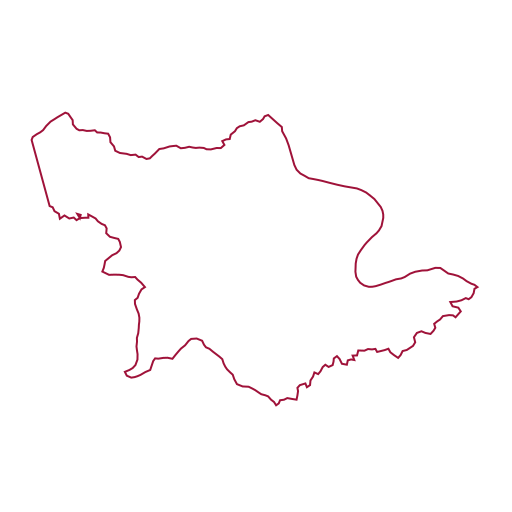 Ibitinga, São Paulo, Brazil, rotated 178°
{"feature_id": "56859067B39469666412393", "entity_name": "Ibitinga", "entity_type": "district", "adm_level": 2, "iso_a3": "BRA", "parent_name": "Brazil", "parent_adm1": "São Paulo", "projection": "mercator", "projection_center": [-48.852, -21.791], "detail": "fine", "context": "isolated", "style": "outline", "palette": "rose", "viewbox_px": 512, "rotation_deg": 178, "n_neighbors": 0, "source": "geoboundaries", "source_scale": "gbopen_adm2", "svg_char_len": 4075}
<svg xmlns="http://www.w3.org/2000/svg" viewBox="0 0 512 512"><g transform="rotate(178 256 256)"><path d="M441.6,405.9L445.7,403.7L449.6,401.6L452.6,399.8L456.6,397.5L461.1,393.3L464.4,389.2L467.4,387.1L470.8,385.4L475.0,382.7L476.2,379.8L460.5,313.1L457.5,311.8L455.8,307.8L451.5,305.1L450.7,300.1L446.0,303.2L441.3,300.0L436.8,300.8L434.1,298.1L430.7,300.0L425.7,300.2L422.2,300.1L422.2,303.4L418.8,301.4L415.0,299.1L412.8,296.2L409.2,293.5L405.9,292.0L404.3,288.8L404.9,284.0L401.3,280.3L397.1,279.0L393.1,277.9L391.6,274.8L390.6,269.6L392.4,266.2L395.3,263.7L399.7,261.8L406.9,256.3L407.7,252.7L408.5,249.5L410.1,245.8L403.5,242.3L397.9,242.3L393.0,242.0L389.5,241.5L384.3,239.6L381.3,239.1L377.5,239.2L375.3,236.6L371.7,233.3L368.1,228.8L371.6,226.6L374.2,222.4L375.8,218.3L378.6,216.2L378.6,212.3L377.0,207.1L375.3,202.5L374.7,198.4L374.9,194.6L375.4,191.5L375.7,188.0L376.4,182.9L377.9,178.3L377.9,174.6L378.6,169.8L378.3,166.3L377.8,162.0L378.1,156.6L380.3,151.2L383.2,148.3L386.5,146.5L391.1,144.8L389.3,140.9L384.9,138.8L381.5,139.2L378.7,140.0L375.6,141.2L370.6,143.9L365.7,145.8L362.4,154.6L360.4,157.2L357.2,156.8L352.2,157.4L348.0,157.4L343.1,156.2L339.7,160.2L336.6,163.6L334.2,166.1L330.0,169.2L326.4,173.4L323.7,175.4L318.2,175.6L312.8,173.2L311.1,169.2L309.2,166.5L305.8,164.9L302.3,161.8L296.2,156.8L293.3,154.1L292.1,149.8L290.6,146.5L288.9,143.8L285.8,140.5L283.4,138.2L282.0,133.6L279.5,128.6L273.9,126.1L267.9,125.6L264.2,123.6L261.5,122.0L258.4,119.7L255.6,117.7L251.6,116.5L248.8,115.3L246.0,111.9L243.1,109.5L241.1,106.1L238.4,107.9L237.0,111.0L233.0,111.4L229.7,112.9L224.6,111.8L220.5,111.0L219.5,115.1L218.7,119.5L219.2,122.8L216.7,125.4L211.1,126.9L209.7,123.1L206.5,125.1L205.9,129.7L203.2,133.5L201.7,137.6L198.0,135.8L195.6,138.5L193.2,142.7L190.5,144.9L187.3,142.6L183.2,144.3L182.2,147.8L181.8,150.9L178.6,153.1L176.1,150.2L173.9,145.3L169.0,144.2L167.9,148.5L164.6,149.3L161.4,148.6L162.9,153.1L158.5,153.1L157.1,158.0L150.9,157.6L147.3,159.1L143.3,158.6L139.9,159.0L138.3,155.9L133.9,156.8L130.6,157.5L126.9,158.7L125.1,155.1L121.5,152.1L117.5,149.2L114.9,152.0L112.8,155.9L108.6,156.8L102.2,160.7L99.9,164.2L101.0,169.3L97.9,173.5L93.3,175.0L89.4,173.2L84.3,172.0L81.2,175.1L79.3,178.0L80.3,182.0L77.1,184.4L74.3,186.1L71.3,189.4L65.1,190.2L61.2,189.8L58.7,187.8L55.5,191.2L53.3,193.5L55.6,197.3L61.3,198.9L63.4,203.2L57.1,203.5L52.2,204.6L47.8,206.6L45.0,205.4L42.2,207.3L39.8,211.2L38.8,215.6L35.8,217.2L38.7,219.6L41.8,220.8L46.4,223.5L49.9,226.3L54.7,229.0L59.6,230.6L64.5,231.8L68.3,234.7L72.2,237.6L77.2,237.9L85.3,235.7L90.5,235.7L97.4,234.7L102.6,233.0L108.1,229.8L111.7,228.5L116.9,227.8L121.5,226.3L124.4,225.4L127.4,224.6L132.5,223.0L137.4,221.7L140.9,221.2L144.4,221.3L149.0,222.8L152.8,225.6L155.0,228.6L156.6,231.8L157.2,236.8L156.9,240.8L156.6,245.1L155.6,249.8L154.0,253.9L151.0,258.2L147.1,263.2L144.8,265.7L139.5,270.8L134.7,274.6L132.2,277.3L129.5,281.5L127.5,289.6L127.4,293.0L128.0,296.7L129.6,300.6L135.7,308.8L139.6,312.2L143.7,315.6L148.5,318.2L152.8,320.0L164.9,322.5L172.4,324.4L180.4,326.7L187.0,328.7L191.2,329.8L196.4,331.0L200.6,331.9L204.7,334.5L208.8,336.9L212.4,340.8L214.5,345.6L219.5,365.5L220.6,368.8L221.8,372.4L225.5,379.8L225.7,384.0L230.1,388.0L238.9,396.5L242.5,395.3L244.2,392.6L247.5,390.0L251.9,391.7L255.6,390.4L258.9,390.1L263.6,387.0L267.8,386.2L270.7,384.4L272.7,381.4L277.0,378.2L278.2,373.8L281.8,373.6L285.7,372.0L283.7,368.1L287.4,365.1L291.7,365.3L297.4,364.1L301.7,364.4L304.4,365.8L308.8,366.3L312.4,366.1L315.4,366.6L319.0,367.5L323.2,366.6L327.4,366.3L331.8,369.0L335.0,368.8L338.5,368.5L344.5,366.8L348.9,366.3L351.4,363.9L353.6,361.8L356.1,359.7L358.7,357.3L362.1,356.8L366.4,359.3L369.8,359.0L372.8,361.5L377.7,361.2L381.7,362.6L388.4,363.7L393.0,366.1L394.1,370.5L397.5,374.8L397.7,379.7L399.5,383.4L402.9,383.9L406.9,384.8L410.4,385.0L412.7,387.3L417.0,386.9L420.8,386.9L424.7,387.9L428.2,387.8L430.9,389.4L434.4,393.9L434.5,398.2L436.6,401.4L438.7,404.7L441.6,405.9ZM430.7,300.0L433.1,304.3L429.8,303.2L430.7,300.0Z" fill="none" stroke="#9f1239" stroke-width="2"/></g></svg>